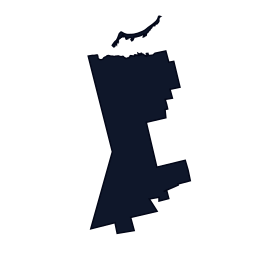 the district of Lázaro Cárdenas, Quintana Roo, Mexico, rotated 346°
{"feature_id": "50627088B14246153618123", "entity_name": "Lázaro Cárdenas", "entity_type": "district", "adm_level": 2, "iso_a3": "MEX", "parent_name": "Mexico", "parent_adm1": "Quintana Roo", "projection": "mercator", "projection_center": [-87.297, 21.095], "detail": "fine", "context": "isolated", "style": "filled", "palette": "ink", "viewbox_px": 256, "rotation_deg": 346, "n_neighbors": 0, "source": "geoboundaries", "source_scale": "gbopen_adm2", "svg_char_len": 5214}
<svg xmlns="http://www.w3.org/2000/svg" viewBox="0 0 256 256"><g transform="rotate(346 128 128)"><path d="M165.3,60.5L164.9,60.6L164.5,60.2L164.2,60.2L164.4,60.5L164.2,60.6L164.3,60.8L164.1,61.2L164.2,61.4L164.1,61.5L164.2,61.8L164.1,62.0L163.9,62.5L163.6,63.0L163.2,62.9L163.0,62.7L162.9,62.8L162.8,62.7L162.5,62.4L162.5,62.2L162.4,62.1L162.5,61.8L162.3,61.7L162.2,61.8L162.0,62.1L161.9,62.0L161.8,61.7L161.4,61.6L161.4,61.4L161.0,60.7L160.8,60.7L160.4,60.2L160.3,59.9L159.6,59.7L159.5,59.8L159.4,60.0L159.2,60.0L159.0,59.8L159.1,59.6L159.1,59.4L159.0,59.5L158.7,59.7L158.8,59.2L158.7,59.1L158.4,59.3L158.3,59.1L158.0,59.5L157.9,59.4L157.5,59.6L157.7,59.0L157.3,58.9L157.2,58.9L157.4,59.4L157.3,59.6L157.0,59.5L157.0,59.9L156.6,59.8L156.3,59.6L156.2,59.3L156.3,59.2L156.6,58.8L156.5,58.6L156.2,58.7L155.9,58.5L156.0,58.2L155.8,58.0L155.8,58.5L156.1,58.8L156.1,59.3L156.2,59.6L156.1,60.2L155.7,60.2L155.1,59.9L155.0,59.7L154.9,59.8L154.6,59.7L154.6,59.8L154.4,59.7L154.2,59.8L154.3,59.7L153.8,59.6L153.6,59.4L153.5,59.1L153.1,59.2L152.8,59.1L152.7,58.8L152.3,58.8L152.3,58.7L152.1,58.7L152.0,59.2L152.2,59.6L151.8,59.7L151.7,59.8L151.5,59.5L150.8,59.7L150.7,59.6L150.6,59.4L149.9,59.3L149.6,59.0L149.2,59.0L149.1,58.8L147.9,58.4L147.7,58.5L147.3,58.8L147.2,59.3L146.8,59.6L146.5,59.6L146.4,59.8L146.0,59.9L145.8,60.2L145.1,60.1L144.8,60.2L144.3,59.9L143.6,60.2L143.2,60.2L142.9,60.2L142.7,59.9L142.6,60.0L142.4,59.7L142.1,59.7L141.8,59.1L141.6,59.1L141.4,58.8L140.7,57.5L140.5,57.3L140.2,57.2L139.5,57.3L138.7,57.1L137.9,56.9L136.0,55.7L134.9,55.6L133.2,55.3L132.6,55.4L131.6,55.2L131.4,55.0L130.6,54.8L130.3,54.5L128.8,54.2L126.7,53.0L126.0,52.9L125.1,52.9L124.7,53.2L123.7,53.6L122.6,53.7L121.8,54.0L121.4,54.1L121.2,54.3L121.0,54.6L120.7,54.8L120.4,55.1L120.1,55.2L119.1,55.3L118.6,55.3L117.5,55.0L117.1,54.7L116.2,54.0L115.9,53.6L115.9,53.3L115.8,52.9L115.9,52.5L115.8,52.0L116.0,51.7L116.0,50.4L116.0,49.9L115.6,49.6L112.8,49.4L111.1,49.0L110.8,48.9L110.3,48.9L106.8,48.6L107.1,147.3L67.5,216.8L92.5,216.7L92.0,227.6L109.2,229.0L108.9,215.4L136.1,215.8L131.5,202.0L141.3,202.7L140.4,206.4L150.5,206.3L150.4,198.2L147.1,198.2L162.9,195.5L162.9,194.4L175.7,194.2L176.1,183.3L175.7,173.2L146.5,173.0L147.1,126.9L161.1,127.1L167.2,127.2L168.4,119.0L171.1,119.1L171.2,114.8L171.0,109.2L178.3,109.8L178.1,100.6L188.3,101.0L188.5,74.4L183.5,74.1L183.3,62.4L172.3,62.0L169.8,63.3L165.8,62.8L165.4,61.6L165.3,60.5ZM185.2,27.0L184.3,27.7L183.9,28.6L182.9,29.8L181.5,31.0L179.6,32.2L176.2,33.7L171.9,35.4L169.9,36.4L168.0,37.2L165.7,37.8L164.4,38.0L160.4,38.5L156.5,38.5L154.5,38.2L151.3,37.5L150.1,37.2L148.8,36.6L147.0,35.4L144.8,33.3L144.3,33.2L144.1,33.4L143.3,33.8L142.4,34.4L139.6,38.5L138.0,40.2L136.3,41.0L135.0,42.0L133.0,43.7L132.7,44.1L133.9,45.9L134.7,45.7L134.9,45.6L134.9,45.3L135.7,44.1L135.7,43.8L135.8,43.6L136.0,43.6L136.1,43.8L136.1,44.3L136.7,44.1L136.8,43.6L137.0,43.8L137.1,44.1L137.2,43.8L136.9,43.4L136.6,42.7L137.5,42.3L137.7,42.5L138.2,42.6L138.8,42.8L138.8,42.6L138.6,42.4L139.2,42.2L139.5,42.1L139.3,41.2L138.9,40.8L138.8,40.6L139.0,40.5L139.1,40.8L139.3,40.8L139.3,40.7L139.5,40.8L139.8,40.5L140.1,40.2L140.1,39.8L139.9,39.5L140.4,39.6L140.5,39.2L141.0,39.3L141.1,39.2L141.7,39.1L141.7,38.9L141.7,39.0L142.2,38.9L142.3,38.8L142.2,38.6L142.5,38.5L142.5,38.3L143.1,38.4L143.8,38.4L144.0,38.2L144.0,37.9L144.2,37.7L144.2,37.2L144.6,37.1L144.9,36.7L145.0,37.1L145.2,36.8L145.7,36.6L146.1,36.8L146.0,37.4L146.0,37.5L145.9,37.7L145.8,38.3L146.3,38.2L146.5,38.2L146.7,38.4L147.3,38.5L147.4,38.8L147.3,39.1L147.4,39.3L148.0,39.7L147.8,40.0L147.8,40.3L147.6,40.6L147.6,41.0L147.9,41.4L148.5,41.4L148.7,41.2L149.2,41.3L149.2,41.0L149.5,40.9L149.6,40.7L149.8,40.8L150.9,40.7L151.8,40.7L152.6,40.9L153.3,41.4L153.3,42.1L152.9,42.5L152.3,42.9L152.4,43.2L152.6,43.3L152.8,43.3L152.9,43.5L152.6,43.8L152.8,44.3L153.9,43.9L154.3,43.5L154.6,43.1L155.0,42.4L155.3,42.2L155.2,42.0L155.4,41.8L155.9,41.5L155.8,41.2L155.9,40.9L156.5,40.9L156.7,41.3L157.4,41.5L158.0,40.5L157.8,41.5L159.0,41.5L161.5,41.5L163.6,41.2L165.3,40.8L165.7,40.6L166.1,40.7L166.1,41.1L165.9,41.2L165.8,41.3L165.8,41.5L166.0,41.5L166.4,41.2L166.6,41.3L166.1,41.8L166.4,41.9L166.2,42.1L166.3,42.2L166.4,42.3L166.9,41.9L167.1,41.6L167.1,41.4L167.3,41.2L168.2,41.0L167.8,41.3L167.8,41.5L168.2,41.3L168.4,41.3L168.1,41.7L168.0,42.1L167.8,42.3L167.3,42.5L167.2,42.6L166.9,42.5L165.6,42.9L165.1,42.9L164.9,43.3L165.4,43.3L166.8,42.7L167.8,42.6L168.1,42.4L168.6,41.2L169.2,40.4L170.0,40.0L170.6,39.8L172.2,38.3L172.9,38.1L172.7,37.9L172.8,37.7L173.3,37.2L173.7,37.1L174.0,36.9L174.4,36.8L174.4,36.6L174.6,36.4L174.8,36.6L175.2,36.4L175.3,36.2L175.5,36.1L175.7,35.5L175.9,35.2L178.0,34.8L178.6,35.1L178.8,35.1L178.8,34.9L178.5,34.6L178.1,34.6L177.8,34.7L176.7,34.8L176.8,34.6L177.5,34.3L177.6,34.0L178.5,34.1L178.5,34.3L178.6,34.2L178.9,34.3L178.9,33.7L179.4,34.0L179.5,33.9L179.4,33.7L179.4,33.1L179.8,33.5L179.7,33.6L180.0,33.7L180.0,33.4L180.2,33.7L180.3,33.9L181.1,34.0L181.3,33.8L181.7,33.7L181.8,33.5L182.4,33.2L183.0,32.7L183.6,32.1L184.0,31.2L184.1,30.2L184.5,29.1L184.6,28.6L184.9,28.3L184.9,28.1L185.1,28.1L185.0,28.5L184.8,28.7L185.4,28.4L185.9,27.7L186.3,27.6L185.2,27.0Z" fill="#0f172a" stroke="#020617" stroke-width="1.5"/></g></svg>